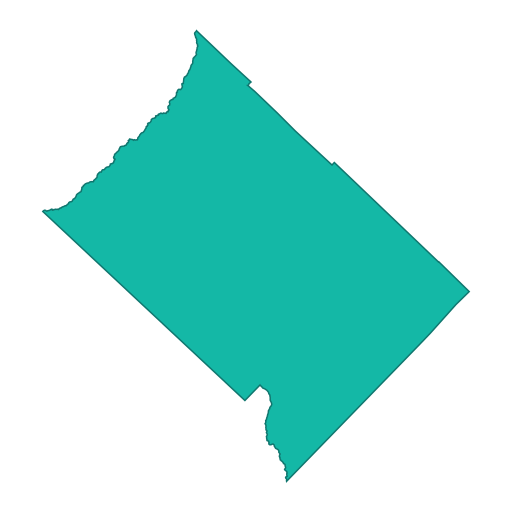 the district of Tandil, Buenos Aires, Argentina
{"feature_id": "61730980B95090625918861", "entity_name": "Tandil", "entity_type": "district", "adm_level": 2, "iso_a3": "ARG", "parent_name": "Argentina", "parent_adm1": "Buenos Aires", "projection": "albers", "projection_center": [-59.395, -37.335], "detail": "fine", "context": "isolated", "style": "filled", "palette": "teal", "viewbox_px": 512, "rotation_deg": 0, "n_neighbors": 0, "source": "geoboundaries", "source_scale": "gbopen_adm2", "svg_char_len": 5875}
<svg xmlns="http://www.w3.org/2000/svg" viewBox="0 0 512 512"><path d="M286.6,481.3L419.7,344.3L430.5,333.0L456.0,304.5L469.2,291.6L438.8,261.8L438.5,262.0L334.3,162.5L332.0,165.0L295.3,131.0L277.1,112.8L254.5,91.2L247.7,85.4L248.2,85.3L248.5,85.1L248.6,84.6L249.0,84.0L249.0,83.6L250.3,82.7L250.5,82.5L250.6,82.3L251.0,82.0L231.1,63.7L196.5,30.7L196.2,31.4L195.3,32.2L194.8,32.8L194.6,33.4L194.8,34.5L194.9,34.9L195.1,35.1L195.3,36.0L195.5,36.3L195.7,37.7L196.2,38.0L196.7,39.4L196.5,40.1L196.8,41.4L196.6,42.7L197.0,43.7L197.5,44.1L197.4,45.1L197.7,45.4L197.8,46.4L197.2,47.3L197.1,48.4L197.0,49.0L197.0,49.6L196.6,50.1L196.7,50.8L196.1,52.2L196.1,53.2L196.5,54.6L194.8,56.7L194.2,57.1L194.0,57.8L193.5,57.9L193.1,58.6L193.0,60.0L192.7,61.3L192.8,62.5L192.7,63.1L192.5,63.6L191.1,65.3L191.0,65.6L191.0,66.4L190.6,67.2L190.3,68.4L189.8,69.5L189.7,69.9L189.4,70.2L189.1,70.3L188.9,70.6L188.9,70.9L188.3,72.6L188.2,73.1L187.9,73.5L187.3,74.2L187.1,75.1L185.2,76.8L184.5,77.0L183.8,78.6L183.5,81.8L183.2,82.9L183.2,83.2L183.3,83.5L182.0,83.7L181.9,84.6L182.0,85.0L182.2,85.4L182.1,86.0L182.4,86.7L182.3,87.2L181.8,88.1L181.5,88.7L181.1,89.1L180.7,89.3L180.6,89.6L180.2,89.6L179.8,89.4L178.8,89.3L177.7,90.2L177.2,91.5L177.3,92.2L176.6,92.5L176.4,93.0L176.5,93.5L176.4,95.3L175.7,96.4L175.5,97.2L174.5,97.6L173.9,98.1L173.2,98.3L173.1,98.6L173.1,99.3L172.8,99.5L172.1,99.5L171.8,99.6L170.1,100.6L169.6,101.5L169.3,102.3L169.8,103.6L169.8,103.8L169.7,104.1L169.7,104.9L169.6,105.1L168.7,105.7L168.0,106.6L168.0,108.3L168.6,109.1L168.9,109.7L168.9,110.0L168.5,110.1L168.3,110.9L168.1,111.1L168.2,111.7L168.0,111.8L167.3,111.7L166.7,112.1L166.2,112.8L166.3,113.2L166.1,113.4L164.3,113.2L163.8,113.0L163.5,113.0L163.4,113.3L162.9,113.5L162.2,113.6L161.0,113.1L160.6,113.2L159.6,113.9L159.2,113.9L158.5,114.2L158.4,115.2L157.5,115.2L156.8,115.8L155.9,115.8L155.7,115.9L155.8,116.6L155.6,116.8L155.6,117.5L155.4,117.7L154.6,117.9L154.2,118.3L153.4,118.3L152.4,118.6L151.3,119.6L151.3,120.3L151.2,120.5L151.1,121.1L150.4,122.1L149.4,123.0L148.7,122.9L148.4,123.1L148.2,123.1L147.7,123.7L147.9,124.0L147.8,125.2L147.3,125.4L147.2,126.3L146.8,126.4L146.1,126.9L146.1,127.7L146.0,128.3L145.4,128.9L144.4,130.8L143.3,132.2L142.9,132.5L141.6,132.9L140.7,133.7L140.6,134.1L140.2,134.4L139.8,134.9L139.4,136.0L138.0,137.6L137.8,138.0L137.7,139.1L137.6,139.5L137.2,139.9L136.4,139.8L135.5,140.1L134.4,139.7L133.7,140.2L133.5,139.9L132.5,139.7L132.3,139.5L130.4,139.3L130.0,139.0L129.6,139.0L129.4,139.9L129.0,140.0L129.0,140.3L128.3,140.6L128.6,141.3L128.5,141.7L128.5,142.0L128.2,142.6L128.0,142.8L127.6,142.7L126.8,143.6L126.7,144.4L126.4,144.5L126.0,145.3L125.1,145.4L124.7,145.6L124.4,146.0L124.0,146.1L122.0,146.3L120.5,146.7L120.2,147.0L119.6,148.3L119.1,149.2L118.9,150.3L118.3,150.8L118.0,151.4L117.3,151.8L116.6,152.4L116.2,153.0L115.0,153.9L114.7,154.6L114.5,154.8L114.4,155.7L114.1,156.4L113.7,156.9L113.6,157.7L114.0,158.5L114.7,158.6L115.0,159.5L114.7,159.9L114.4,159.9L114.2,160.7L113.9,161.2L113.9,161.6L113.7,161.9L113.5,162.7L112.9,163.2L112.5,163.2L112.0,163.7L111.3,163.7L110.3,164.1L110.3,164.5L110.2,165.0L110.0,165.5L109.1,166.6L108.5,166.9L107.1,167.0L106.7,167.3L106.1,167.5L105.8,167.9L105.2,168.3L104.8,169.0L104.3,169.6L102.6,169.8L102.1,170.2L101.2,172.1L100.0,172.0L98.9,172.8L98.8,173.2L97.6,174.2L97.6,174.7L97.2,175.4L97.0,177.4L96.6,177.9L95.9,178.4L95.7,178.9L94.8,179.5L94.6,179.8L94.3,179.9L93.7,180.7L93.6,181.4L93.4,181.7L91.0,181.7L89.9,182.0L89.5,182.2L88.6,183.0L87.5,183.0L86.4,183.4L85.6,183.8L85.3,183.9L83.8,185.5L83.4,185.5L83.3,186.3L82.7,186.9L82.3,187.0L81.9,187.4L81.8,189.2L81.6,189.5L81.6,189.8L81.2,190.7L81.3,191.1L81.1,191.5L80.5,192.0L80.0,192.1L79.5,192.4L79.1,192.8L78.0,193.5L77.2,194.1L76.5,194.9L76.0,196.5L75.4,197.5L74.4,198.7L74.0,198.7L73.6,199.1L73.2,199.2L72.1,201.3L71.3,201.7L69.9,201.9L69.2,202.3L68.7,202.8L68.6,203.6L67.3,204.4L66.8,205.1L66.2,205.7L65.2,205.7L63.5,206.6L62.7,206.8L61.7,207.3L61.0,208.0L60.6,207.9L59.8,208.2L59.6,208.5L59.0,208.8L58.5,209.5L57.6,209.2L57.2,209.4L56.6,209.3L56.2,209.4L55.3,209.2L54.7,209.6L54.0,209.5L53.4,209.9L52.8,210.2L52.3,210.1L52.2,209.8L52.2,209.4L51.9,209.1L50.8,209.5L49.6,210.3L47.5,210.8L46.9,211.2L46.5,211.1L45.7,210.4L44.7,210.2L44.3,210.3L43.3,210.9L42.8,211.5L244.9,400.5L260.0,385.0L260.4,385.6L261.2,386.2L263.0,388.2L264.5,388.7L266.8,390.2L268.4,392.1L268.9,393.8L269.9,395.1L269.9,395.9L270.2,397.4L270.2,400.2L270.4,400.7L271.0,401.8L271.6,403.3L271.7,404.7L271.1,406.0L270.5,406.5L269.9,407.5L269.6,408.4L269.7,408.8L269.2,409.4L268.4,410.8L268.5,411.3L268.3,411.8L268.3,412.8L268.0,413.8L267.6,414.8L267.3,416.5L266.7,418.0L266.5,419.3L266.1,420.1L265.7,420.4L265.8,422.1L265.5,423.1L265.1,423.5L265.2,424.0L265.4,424.1L265.8,424.8L266.0,426.4L265.8,427.4L266.0,428.4L266.0,429.9L266.7,430.4L267.0,430.9L267.0,431.2L266.4,432.4L266.6,433.1L267.0,433.4L267.1,433.8L267.1,434.3L267.3,434.8L267.0,435.6L266.5,436.3L266.4,436.5L266.6,437.3L266.7,438.9L267.0,439.7L266.9,440.3L267.1,440.6L267.7,440.5L268.1,441.1L268.7,441.3L268.7,442.0L269.1,442.9L268.8,443.8L269.0,444.2L269.6,444.7L270.0,444.8L271.2,444.7L272.2,444.1L273.2,444.1L274.2,445.1L274.3,445.9L274.4,446.4L275.2,447.5L275.4,447.8L275.4,448.0L275.7,448.4L276.8,448.9L278.0,449.6L278.3,449.9L278.9,451.3L278.8,452.2L279.4,453.1L280.0,453.8L280.1,454.1L279.6,454.9L279.5,455.4L279.5,456.1L279.4,456.4L279.4,456.7L280.0,457.3L279.8,457.9L280.1,458.6L280.2,459.8L280.9,460.2L281.1,460.7L281.6,460.9L282.0,461.4L282.8,462.0L283.0,462.5L283.3,462.7L283.5,463.6L284.6,464.0L285.1,464.7L285.1,465.8L285.5,466.9L285.6,467.7L285.4,468.3L284.6,469.2L284.6,469.7L286.8,471.6L286.9,472.6L287.1,473.1L286.8,473.5L286.8,474.5L286.8,475.2L287.2,475.9L287.2,476.2L286.7,476.6L285.9,476.9L285.6,477.5L286.0,478.5L286.6,479.1L286.8,480.1L286.5,480.5L286.6,481.3Z" fill="#14b8a6" stroke="#0f766e" stroke-width="1.5"/></svg>